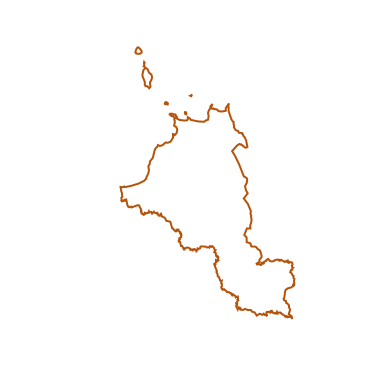 Don Sak, Surat Thani, Thailand, rotated 339°
{"feature_id": "78962969B55330970869967", "entity_name": "Don Sak", "entity_type": "district", "adm_level": 2, "iso_a3": "THA", "parent_name": "Thailand", "parent_adm1": "Surat Thani", "projection": "robinson", "projection_center": [99.674, 9.232], "detail": "fine", "context": "isolated", "style": "outline", "palette": "amber", "viewbox_px": 384, "rotation_deg": 339, "n_neighbors": 0, "source": "geoboundaries", "source_scale": "gbopen_adm2", "svg_char_len": 6132}
<svg xmlns="http://www.w3.org/2000/svg" viewBox="0 0 384 384"><g transform="rotate(339 192 192)"><path d="M258.2,122.5L253.5,125.9L252.6,128.3L248.8,127.6L245.8,126.1L245.1,124.3L243.9,123.2L242.5,122.7L241.9,121.6L240.9,121.7L240.4,121.2L239.9,119.8L241.5,118.5L242.1,117.8L241.8,117.5L239.8,118.8L238.9,120.7L237.5,121.4L235.8,123.2L235.1,124.6L234.8,126.9L233.0,130.2L230.3,130.2L228.6,130.8L223.2,128.4L217.1,124.5L216.5,123.9L216.5,122.7L214.9,120.7L214.2,122.5L213.2,123.3L210.8,122.7L206.3,120.3L203.9,117.7L204.6,116.8L204.2,116.7L204.4,114.2L204.1,113.5L202.4,113.0L201.7,111.8L199.3,111.1L198.9,111.8L199.4,112.1L200.1,113.9L201.9,114.9L202.2,116.9L201.3,118.2L201.4,119.3L200.5,121.7L199.0,123.6L200.6,125.8L200.7,128.4L198.8,131.4L196.2,132.8L195.5,131.3L195.0,131.1L193.6,134.7L189.8,137.4L186.8,137.3L185.2,136.3L181.0,137.8L178.6,137.5L177.0,136.0L176.4,136.9L173.5,138.3L171.8,140.0L167.7,146.1L163.6,148.4L162.7,150.6L160.4,152.4L159.7,156.1L158.2,158.6L154.5,162.2L154.4,162.9L151.4,164.4L145.1,165.0L137.8,164.5L132.6,163.7L130.9,163.1L130.7,162.6L129.2,162.7L127.1,161.7L126.2,166.3L126.3,167.6L125.1,171.6L124.0,172.0L123.6,173.9L123.0,174.5L123.2,175.6L126.0,176.0L126.1,175.1L127.9,175.4L127.0,181.4L127.3,183.4L130.0,183.9L130.0,184.7L136.6,184.9L137.7,185.4L138.2,190.2L137.7,190.9L137.9,192.0L137.3,192.2L137.2,194.0L137.9,194.2L138.1,195.1L138.7,195.1L138.9,196.0L140.4,195.6L140.7,194.6L142.7,195.9L143.7,195.7L144.8,194.6L144.8,195.8L146.9,196.1L147.0,197.9L149.3,196.8L149.3,197.5L150.5,198.7L152.2,199.0L151.8,200.6L152.4,200.8L152.6,202.3L154.3,202.8L154.8,201.2L155.3,201.1L155.1,203.9L157.4,206.4L157.7,209.7L161.1,212.0L160.5,218.7L161.1,219.1L161.9,221.9L162.6,222.9L163.5,223.1L164.1,221.6L165.9,222.3L165.4,223.2L166.6,225.1L166.1,225.5L166.1,226.4L166.9,226.7L166.7,228.4L166.4,228.9L166.1,228.6L165.7,230.3L163.6,230.5L163.2,231.2L163.6,231.9L162.1,232.8L161.8,233.5L163.0,234.2L162.4,238.4L163.5,238.9L163.9,242.9L164.6,243.0L164.9,241.9L168.0,242.2L169.8,243.9L169.6,245.2L169.9,245.7L171.3,245.5L171.8,246.7L173.0,246.0L173.7,246.1L173.7,246.8L174.7,247.0L174.8,248.0L175.3,248.0L175.1,248.7L176.4,248.1L177.1,246.7L178.1,247.5L179.4,247.5L180.2,246.2L181.0,246.0L185.5,248.1L186.2,249.2L187.9,249.5L188.3,250.1L189.4,249.0L190.5,250.2L191.4,249.7L191.8,250.2L192.6,252.4L192.3,254.5L193.0,254.8L191.2,256.2L192.3,257.4L191.6,260.4L191.8,260.9L192.1,260.5L192.9,261.0L193.3,262.1L191.9,264.5L192.2,265.3L191.3,265.5L190.0,264.1L189.5,265.2L189.7,266.2L187.0,267.2L187.7,268.2L186.8,268.7L186.9,274.8L186.1,275.4L186.4,278.0L185.8,280.0L186.7,281.3L186.6,284.8L187.1,285.7L187.9,285.6L186.5,287.6L187.0,288.3L186.1,290.8L185.2,291.2L185.1,293.2L185.4,294.0L186.1,293.7L186.7,294.6L187.3,294.5L187.6,295.5L188.6,296.6L188.8,298.1L190.8,298.8L191.2,299.8L192.3,300.6L192.1,301.3L192.5,302.9L193.1,302.6L192.8,301.8L193.6,302.1L193.7,303.3L194.6,303.6L195.3,304.9L195.1,306.1L197.3,306.0L196.8,308.2L195.9,308.7L196.2,309.7L195.6,309.7L195.0,310.7L193.6,311.4L194.2,312.5L193.9,313.2L193.3,313.0L193.3,313.8L192.8,314.8L192.3,314.6L192.6,318.0L193.2,317.2L194.0,317.4L193.9,316.8L194.2,316.6L194.5,317.4L195.2,317.1L195.7,317.9L195.7,318.4L195.0,318.9L195.5,319.5L197.5,320.5L199.6,320.1L201.8,322.2L204.6,323.2L205.2,325.3L207.3,326.8L208.2,330.6L211.5,329.9L213.9,332.0L215.3,331.3L216.0,332.9L216.9,333.3L217.3,334.2L217.8,334.0L218.2,331.2L218.7,330.8L221.1,331.5L221.6,332.6L223.0,331.3L223.9,331.4L224.1,332.3L222.8,332.2L225.2,334.7L225.9,334.7L226.3,335.2L227.1,334.9L227.4,335.9L228.0,336.1L227.9,335.6L228.5,334.6L228.6,335.1L230.8,336.1L231.1,336.6L231.6,336.5L232.3,338.3L233.9,340.2L234.4,341.9L235.5,341.6L236.0,343.0L236.9,342.6L237.1,343.2L239.8,344.0L240.1,346.5L240.5,343.8L238.6,340.7L241.3,337.2L241.5,335.7L241.1,334.5L242.0,332.6L241.0,330.1L240.2,329.4L240.6,327.4L239.2,326.1L239.2,324.5L240.2,323.8L243.6,317.8L244.5,316.9L247.2,316.2L250.0,316.7L252.5,316.0L252.9,315.3L253.1,315.7L253.4,315.2L253.9,315.4L254.0,314.5L254.7,314.4L255.2,311.8L256.5,309.9L255.9,308.4L256.7,306.6L256.1,305.9L255.8,303.5L255.0,302.1L255.6,301.9L255.8,300.9L256.7,300.4L257.5,300.5L257.5,300.0L258.3,299.8L258.5,299.1L259.0,298.9L258.7,298.7L258.7,296.7L260.0,295.5L260.1,293.7L258.2,292.4L257.5,292.7L257.0,291.0L256.3,292.0L255.8,291.0L254.6,290.7L255.3,290.3L253.3,290.1L250.9,287.3L250.2,287.7L249.5,286.8L248.8,287.3L247.8,285.7L244.7,285.3L243.5,285.9L241.5,285.4L240.2,284.5L239.0,281.7L237.4,282.1L236.8,282.8L236.0,282.6L235.4,283.1L234.1,283.1L233.6,284.1L232.5,283.4L232.2,284.2L231.4,283.3L230.3,284.8L229.6,284.5L228.4,283.1L226.8,283.0L226.7,282.0L228.2,281.7L228.6,282.6L229.3,281.4L230.1,281.4L230.5,279.6L233.7,277.6L234.2,276.1L234.5,271.9L234.4,270.8L232.9,268.8L232.1,266.4L230.9,265.3L228.1,264.3L227.7,263.2L228.2,261.4L227.9,260.6L225.1,258.5L226.7,253.9L225.4,250.9L230.2,245.7L233.5,247.0L234.2,244.3L236.5,241.4L237.8,239.0L238.1,236.8L238.8,235.2L238.7,233.6L240.0,231.1L240.1,230.1L239.9,223.2L238.0,216.6L243.5,213.2L243.0,209.6L243.6,205.6L246.4,203.1L248.1,200.0L248.0,198.5L246.0,196.0L245.9,183.1L245.2,174.4L244.1,168.2L250.6,164.8L253.6,164.2L254.4,165.2L254.9,165.1L257.4,169.4L258.3,170.0L259.9,169.8L261.0,163.2L260.8,159.7L260.0,157.7L260.3,156.6L259.6,155.5L259.9,155.0L256.9,153.4L257.0,151.6L255.3,150.3L254.8,149.4L254.3,146.4L255.2,145.1L255.1,143.3L256.0,141.6L255.4,140.8L254.8,138.2L255.2,129.4L256.6,125.8L256.5,125.2L258.2,122.5ZM189.2,79.8L190.9,78.9L192.1,74.4L193.8,73.3L195.8,70.8L196.2,67.9L194.6,65.0L194.6,61.5L193.2,59.3L190.3,60.8L188.0,64.3L187.3,66.1L187.4,72.5L186.4,74.7L186.4,75.9L186.7,76.7L188.2,77.2L189.2,79.8ZM193.0,44.3L194.9,43.8L195.5,42.2L194.2,38.3L193.3,37.5L191.6,38.3L189.2,41.1L189.6,42.9L193.0,44.3ZM200.2,98.8L198.9,98.9L198.2,99.8L198.3,100.3L200.7,101.6L201.3,100.5L200.2,98.8ZM214.2,117.4L214.8,117.1L214.9,116.4L214.9,115.4L214.2,114.9L213.7,115.6L213.7,116.9L214.2,117.4ZM225.5,102.3L226.3,101.8L226.3,101.3L224.8,101.5L225.5,102.3ZM193.3,55.4L194.1,54.3L193.9,53.6L193.2,54.8L193.3,55.4ZM192.6,57.9L192.8,57.2L192.4,56.9L191.9,57.4L192.6,57.9Z" fill="none" stroke="#b45309" stroke-width="2"/></g></svg>